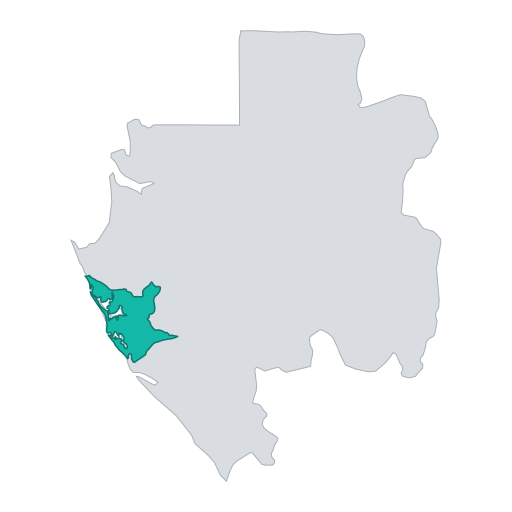 location of Etimbouè, Ogooué-Maritime, Gabon
{"feature_id": "22940354B22587364924270", "entity_name": "Etimbouè", "entity_type": "district", "adm_level": 2, "iso_a3": "GAB", "parent_name": "Gabon", "parent_adm1": "Ogooué-Maritime", "projection": "robinson", "projection_center": [9.502, -1.676], "detail": "fine", "context": "in_parent", "style": "filled", "palette": "teal", "viewbox_px": 512, "rotation_deg": 0, "n_neighbors": 0, "source": "geoboundaries", "source_scale": "gbopen_adm2", "svg_char_len": 9316}
<svg xmlns="http://www.w3.org/2000/svg" viewBox="0 0 512 512"><path d="M364.8,40.9L364.5,46.0L359.4,58.4L357.1,67.9L356.5,78.1L357.9,86.3L360.3,92.1L361.9,98.5L360.7,102.9L358.2,104.8L359.9,107.1L363.6,107.6L369.9,105.7L379.6,102.3L392.2,97.4L400.5,94.7L414.3,96.4L421.6,98.2L425.4,101.7L429.5,116.3L431.5,118.5L434.8,124.7L437.6,132.2L438.2,136.0L437.9,138.7L435.1,142.8L432.0,148.7L430.9,152.3L428.2,155.0L424.9,157.6L415.7,158.6L414.3,160.2L411.7,166.5L406.9,171.9L404.7,176.9L402.8,183.7L403.1,192.1L402.2,204.1L401.2,212.3L403.6,215.1L414.6,217.1L416.7,218.7L419.6,223.7L423.3,228.5L433.4,231.5L437.3,235.1L440.4,239.1L440.9,242.3L438.6,255.4L436.4,268.0L437.2,277.5L438.0,286.6L439.2,299.9L438.6,308.0L435.8,313.0L435.8,316.9L437.1,321.5L434.6,334.5L432.9,336.7L428.4,339.1L426.1,342.5L425.3,348.0L422.9,355.5L420.4,358.2L420.4,361.7L422.8,364.2L422.7,368.1L418.3,372.7L415.5,376.3L409.6,378.0L402.7,376.2L401.1,373.6L402.8,369.6L402.2,366.4L399.8,363.0L396.2,354.3L393.0,352.5L391.1,356.0L385.6,362.6L375.7,371.1L368.9,371.8L356.1,369.2L345.5,365.1L340.5,355.2L337.4,347.0L332.8,337.5L327.7,333.0L322.3,330.1L319.8,329.9L312.0,335.2L309.7,337.3L309.7,341.7L310.4,345.9L311.6,347.9L312.7,350.6L312.5,354.7L311.1,360.2L310.6,366.3L286.2,372.3L281.9,370.2L278.9,367.4L275.2,367.9L264.6,371.0L260.7,368.8L256.8,367.3L255.0,368.6L254.9,371.2L256.7,385.6L256.1,391.1L253.7,398.2L252.5,403.1L258.9,404.4L261.3,406.7L263.6,410.3L266.7,413.7L266.9,415.7L263.3,419.5L262.1,424.1L263.8,427.7L268.2,431.5L274.6,435.4L277.8,438.0L277.5,440.3L274.5,445.3L273.3,449.6L271.3,453.4L271.7,456.9L274.6,460.2L274.3,463.1L272.3,465.4L268.3,464.9L264.9,465.2L261.9,464.3L252.4,452.9L250.3,452.6L236.5,461.3L233.0,464.9L230.2,470.1L226.4,481.3L220.1,474.8L214.7,462.9L208.4,455.6L195.1,443.7L191.5,435.0L176.3,415.8L154.5,396.7L138.7,380.0L136.3,376.3L139.0,376.8L154.2,385.1L156.3,384.1L158.1,382.3L151.5,377.9L145.2,374.5L139.3,372.4L133.4,372.5L130.1,369.0L128.0,363.7L126.9,359.1L124.3,354.3L115.9,344.4L113.9,340.6L109.3,335.4L112.1,334.7L121.0,339.7L121.8,337.7L121.1,334.8L112.0,330.1L107.1,329.8L106.0,326.4L106.7,322.6L100.2,308.2L93.5,297.4L92.5,292.4L110.5,315.8L113.0,316.2L116.1,316.0L123.6,313.3L122.2,310.2L118.8,306.9L115.6,308.4L111.3,308.7L109.1,307.3L108.1,304.9L112.3,293.5L110.5,294.1L109.1,296.1L106.8,297.1L103.2,297.7L94.3,291.6L86.4,275.2L84.3,271.8L82.2,266.1L80.2,263.7L71.1,240.3L74.6,242.1L78.7,248.9L86.7,247.4L89.8,243.5L92.6,243.7L95.4,242.8L98.9,239.1L109.1,223.0L111.8,201.7L111.0,189.1L109.5,176.6L112.9,172.6L114.2,175.3L114.9,179.7L116.5,183.0L120.1,185.9L126.9,186.7L137.4,191.4L141.1,194.3L142.2,188.4L154.2,183.4L150.6,181.6L139.8,183.6L125.1,176.1L120.2,171.3L115.7,162.3L110.9,157.5L111.3,153.3L121.8,149.4L124.6,149.8L125.8,154.5L128.6,156.4L129.7,155.8L130.2,151.8L130.2,141.1L127.0,125.7L127.9,122.8L130.8,121.7L133.4,119.7L135.2,119.3L138.8,119.7L140.6,123.2L141.6,125.2L145.2,126.1L148.2,128.0L150.7,127.5L152.8,125.2L156.0,124.8L165.6,124.8L174.3,124.8L191.7,124.9L209.1,125.0L226.5,125.0L239.6,125.1L239.5,116.3L239.5,102.8L239.4,86.8L239.3,71.4L239.2,57.3L239.1,40.5L239.8,35.7L240.7,33.7L240.4,30.9L253.8,30.7L278.2,32.0L288.8,31.8L291.9,32.0L305.2,31.2L315.9,32.2L320.5,33.4L324.6,34.0L337.5,34.7L354.4,33.8L360.1,34.0L363.3,36.4L364.8,40.9Z" fill="#d9dde1" stroke="#a8b0b8" stroke-width="1"/><path d="M177.4,336.4L173.7,335.6L171.0,335.1L170.4,335.4L169.5,335.6L169.0,335.1L168.6,334.0L168.1,333.6L167.5,333.3L167.2,332.8L166.4,332.4L165.9,332.7L165.1,332.7L164.5,332.2L163.6,331.6L162.2,331.0L161.0,330.5L159.5,330.1L158.4,329.9L157.1,330.1L155.8,330.1L154.7,329.8L154.2,329.3L152.4,327.5L151.9,326.6L151.1,325.6L150.7,324.8L150.5,323.8L150.1,322.5L149.4,321.3L148.8,320.6L148.2,320.1L147.7,319.5L147.3,318.8L148.7,317.8L149.2,317.1L149.3,316.4L149.0,316.1L148.8,315.7L149.0,315.3L149.5,314.6L150.2,314.3L151.3,314.0L152.2,313.6L153.0,313.2L153.6,312.6L154.1,311.7L154.5,310.9L154.7,309.8L154.8,308.3L154.7,306.9L154.6,305.7L154.2,303.3L153.6,300.6L153.7,300.0L154.0,298.5L154.2,297.9L154.9,296.7L155.3,296.2L155.9,295.6L156.6,295.2L157.2,294.6L157.6,294.1L158.1,293.6L159.3,291.8L160.0,290.3L160.2,288.8L160.3,288.1L160.3,287.2L159.5,286.9L158.6,286.5L157.3,286.5L156.7,286.8L156.1,286.8L155.7,286.6L155.2,286.0L154.7,285.7L154.1,285.4L153.4,284.7L152.8,283.8L152.5,283.0L152.0,282.4L151.3,282.1L150.0,284.1L149.2,285.1L144.0,289.1L143.1,290.6L142.8,291.7L142.7,292.8L142.8,294.4L143.0,294.9L143.2,295.6L142.9,296.1L142.3,296.5L141.7,296.7L140.3,296.8L138.5,296.8L137.5,296.6L136.8,296.6L136.1,296.7L135.7,296.9L135.1,296.8L134.0,296.6L133.3,296.2L132.9,296.0L132.3,295.3L132.0,294.8L131.6,293.6L131.2,293.0L130.5,292.5L129.2,292.0L128.4,291.9L127.7,291.7L127.0,291.3L126.4,290.7L126.4,290.1L126.2,289.5L125.5,289.2L125.1,289.2L124.0,288.9L123.6,289.0L123.1,289.4L119.1,289.6L115.4,290.2L114.3,290.1L111.4,290.1L110.1,289.6L108.8,288.7L107.9,287.7L106.6,286.3L104.9,285.0L102.6,283.4L99.7,281.8L98.5,281.3L97.6,281.2L97.0,281.0L96.5,280.7L95.2,279.6L94.4,279.1L94.1,278.9L93.4,278.8L92.9,278.6L91.8,277.6L90.5,276.9L90.2,276.5L89.9,275.8L89.2,275.5L88.5,275.7L88.1,276.0L87.3,276.1L85.3,276.3L87.0,278.4L88.3,280.6L89.3,282.6L89.7,284.6L90.0,286.2L89.9,287.2L90.0,288.4L90.3,288.9L90.8,288.8L91.0,288.4L91.4,286.8L91.3,286.2L90.7,285.1L90.7,284.5L91.4,284.9L91.9,285.5L92.9,286.9L93.2,287.9L93.2,288.7L93.0,289.1L92.7,289.4L92.3,289.5L92.1,289.9L92.1,290.2L92.4,290.6L92.5,290.9L92.2,291.5L92.0,292.0L92.0,292.5L92.1,293.5L92.4,294.1L92.9,294.7L93.5,295.2L94.5,295.6L96.6,297.2L97.0,297.5L97.7,297.8L98.2,297.8L98.8,297.7L99.4,297.1L100.0,296.7L100.5,296.8L100.9,297.2L101.0,297.8L100.7,298.9L100.8,300.5L101.4,301.8L101.6,302.0L102.2,302.2L102.8,302.2L103.7,302.0L104.8,301.6L106.0,301.3L106.5,301.0L107.4,299.3L107.8,298.8L108.3,298.5L108.6,298.5L109.2,298.7L109.6,299.2L109.9,299.5L110.3,299.6L110.7,299.5L111.7,298.9L112.1,298.4L112.3,297.8L112.4,297.0L112.0,293.7L112.0,293.2L112.1,292.6L112.3,292.4L112.5,292.5L112.7,292.8L112.7,293.1L112.5,293.6L112.5,293.9L113.6,295.7L113.7,296.6L113.7,297.3L113.5,297.8L112.8,299.3L112.7,300.3L112.5,301.0L112.2,301.4L111.8,301.7L110.7,301.9L110.0,302.0L109.6,302.2L109.5,302.5L109.7,302.9L110.0,303.3L110.2,303.9L110.2,304.7L109.9,305.4L109.4,305.7L108.4,306.0L107.5,306.4L107.1,306.9L107.0,307.4L107.1,308.1L107.4,308.4L108.0,308.4L108.6,308.8L108.9,309.4L108.8,310.5L109.2,312.7L109.4,313.3L109.9,313.8L110.5,313.8L112.4,313.5L113.8,313.2L115.1,312.7L115.9,312.1L116.7,311.5L117.2,310.9L118.2,309.2L118.8,308.7L119.2,307.9L119.3,307.3L119.0,306.4L119.0,305.9L119.4,305.6L120.2,305.6L120.8,305.8L121.7,306.2L122.2,306.6L122.1,307.3L121.9,307.8L122.2,310.8L122.5,312.2L123.0,313.0L123.5,313.7L124.3,314.2L126.1,314.7L126.8,315.1L126.6,315.4L125.0,315.8L120.1,315.4L118.7,315.4L118.2,315.6L117.9,316.0L118.1,317.6L118.1,318.8L117.9,319.6L117.4,320.1L116.7,319.7L116.4,318.9L116.4,318.1L116.6,317.5L116.6,316.8L116.3,316.4L115.4,316.5L113.7,317.3L113.1,317.6L112.3,318.2L111.6,319.0L111.0,319.2L110.6,318.4L110.1,318.3L109.6,318.5L109.3,318.9L109.8,319.6L109.8,320.2L109.2,320.7L108.6,320.3L108.4,319.5L108.4,318.4L108.2,314.1L108.1,312.7L107.7,311.1L107.0,310.8L106.2,310.6L105.6,310.4L104.7,309.8L104.0,309.1L102.8,308.1L102.4,307.6L101.3,307.0L100.4,306.0L99.9,304.8L98.8,303.6L98.4,302.6L98.3,301.8L97.8,301.1L97.2,300.7L96.4,300.0L96.3,299.3L96.4,298.5L96.1,297.9L95.1,296.9L94.5,296.7L93.6,296.4L93.1,296.2L92.6,295.9L91.7,295.0L91.3,294.3L91.0,293.2L90.1,291.1L90.6,293.0L91.2,294.8L92.1,296.4L94.0,299.1L97.1,303.9L100.2,308.3L103.5,312.4L104.8,314.1L106.1,317.8L106.2,320.5L106.8,322.2L107.2,325.7L106.9,327.3L106.6,329.3L106.6,331.4L107.3,332.8L108.0,333.2L109.1,332.7L109.6,332.3L110.2,332.5L111.2,333.2L111.4,334.2L110.8,334.9L110.9,335.7L111.6,335.8L112.6,336.2L112.8,336.0L113.0,334.6L113.4,334.2L113.9,333.9L114.2,332.9L114.5,332.0L115.2,331.6L116.0,331.9L116.7,332.8L117.1,333.8L117.3,334.6L118.9,336.3L118.9,335.7L118.7,334.7L118.7,333.8L119.1,333.4L119.9,334.0L120.4,334.1L120.8,333.6L121.3,333.6L122.3,334.8L122.9,335.8L124.2,338.3L124.3,339.1L123.9,339.8L123.3,340.2L123.1,341.0L123.4,341.7L124.1,342.2L124.9,343.1L126.6,344.2L127.3,346.1L127.4,347.2L127.1,348.0L126.6,348.2L126.0,348.7L125.6,348.6L124.9,347.5L124.4,347.0L123.9,346.1L123.8,345.1L123.5,344.4L122.6,344.2L121.9,344.2L120.6,343.3L120.4,342.7L121.2,341.8L121.7,340.9L121.8,339.7L121.2,339.1L120.1,338.6L118.8,338.4L116.7,338.5L116.2,339.2L115.1,339.4L115.0,338.7L115.5,338.2L115.8,337.6L115.4,337.0L115.0,337.5L114.6,338.4L113.8,338.1L113.4,337.9L112.0,338.0L110.8,337.3L109.8,335.9L108.9,334.9L108.4,335.2L108.9,336.2L110.2,337.6L111.9,340.1L113.4,341.6L114.4,343.3L115.3,345.2L117.4,347.6L118.7,349.5L120.0,350.7L121.9,352.3L124.4,354.8L126.8,357.3L127.4,358.4L127.5,358.6L128.0,358.4L128.3,357.7L128.4,355.8L128.6,354.5L129.0,354.1L129.9,353.8L130.9,354.0L131.4,354.4L131.5,355.5L131.5,357.9L131.7,359.1L132.7,361.0L133.0,361.6L133.5,362.1L134.1,362.3L134.8,362.2L135.7,361.7L136.5,360.8L139.9,358.6L140.6,358.2L141.7,357.5L143.6,356.0L145.0,355.2L145.4,354.7L145.9,353.6L146.5,351.4L147.1,350.8L148.1,349.8L150.3,347.3L152.1,345.0L153.3,343.9L154.2,343.2L155.3,342.6L158.1,341.8L159.7,341.2L163.5,340.0L168.4,339.1L172.0,338.6L173.7,338.1L174.6,337.7L175.8,337.5L176.6,337.0L177.4,336.4Z" fill="#14b8a6" stroke="#0f766e" stroke-width="1.5"/></svg>